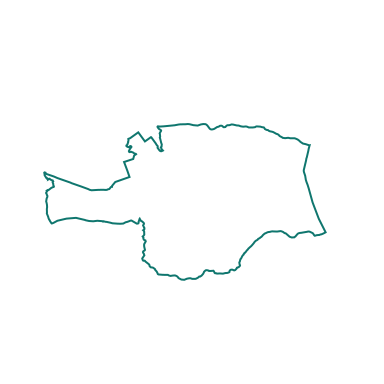 outline of Curtea, Timis, Romania, rotated 34°
{"feature_id": "2599482B40469998650222", "entity_name": "Curtea", "entity_type": "district", "adm_level": 2, "iso_a3": "ROU", "parent_name": "Romania", "parent_adm1": "Timis", "projection": "albers", "projection_center": [22.328, 45.846], "detail": "fine", "context": "isolated", "style": "outline", "palette": "teal", "viewbox_px": 384, "rotation_deg": 34, "n_neighbors": 0, "source": "geoboundaries", "source_scale": "gbopen_adm2", "svg_char_len": 6035}
<svg xmlns="http://www.w3.org/2000/svg" viewBox="0 0 384 384"><g transform="rotate(34 192 192)"><path d="M246.0,257.6L246.7,256.0L247.0,253.6L246.8,252.0L246.6,251.4L246.8,250.3L247.2,249.2L247.6,248.8L248.9,248.1L249.8,248.0L249.8,247.9L250.9,247.6L253.8,245.3L254.5,245.5L256.0,246.4L256.7,246.4L257.2,245.9L258.3,245.7L260.7,243.9L263.3,242.4L264.9,240.6L266.6,239.3L267.5,238.1L267.8,237.5L267.3,236.4L267.3,235.8L267.5,235.0L267.9,234.5L268.9,233.8L270.5,233.5L271.1,233.1L271.5,232.4L271.8,230.5L271.8,230.1L271.6,229.8L271.7,229.4L272.7,228.3L273.0,226.4L272.8,225.9L271.7,225.2L270.6,223.9L270.5,222.8L269.7,220.7L269.9,219.8L269.5,216.8L269.6,215.8L269.8,215.0L269.6,214.7L269.6,214.1L269.8,213.5L269.6,213.0L269.9,212.6L270.1,211.4L270.1,209.8L270.4,208.7L270.4,207.3L270.6,206.8L270.7,206.1L271.3,203.9L271.5,202.7L271.8,200.1L271.8,198.6L272.1,196.9L272.9,195.3L273.1,194.8L273.1,193.8L273.6,193.0L274.0,192.1L274.2,191.2L274.6,190.5L274.8,189.4L274.9,188.1L275.5,185.8L275.9,185.3L277.1,183.2L277.8,182.4L278.9,181.5L279.7,180.5L280.9,179.5L282.0,178.9L284.8,177.1L286.8,175.3L287.5,174.8L288.3,174.5L289.8,174.2L291.8,174.3L292.6,173.9L293.3,173.9L297.9,174.5L300.2,173.9L301.5,172.8L302.0,172.6L302.6,171.0L302.9,168.2L303.1,167.3L303.4,166.7L304.3,165.6L305.1,165.0L309.7,160.6L310.2,160.0L310.7,159.6L311.7,159.1L314.4,158.7L315.0,158.6L316.0,158.9L317.7,159.6L318.3,159.6L319.6,158.0L321.7,156.3L322.2,155.4L323.0,154.7L324.2,152.8L325.3,150.7L312.1,143.3L297.8,133.2L286.8,123.8L283.8,121.4L281.5,119.8L279.6,118.3L276.8,115.3L273.7,112.9L272.9,112.1L272.4,111.3L268.9,102.0L268.1,100.3L267.8,99.1L265.4,92.8L264.6,91.0L263.4,87.5L263.2,87.7L259.4,88.8L256.9,89.8L253.8,89.8L252.3,89.5L250.2,89.4L248.0,89.8L247.0,90.1L243.4,92.5L241.4,93.3L239.1,95.3L236.8,96.4L236.0,96.3L233.4,96.6L231.9,96.2L230.6,96.2L229.4,96.6L225.9,96.9L224.8,97.2L222.6,98.1L221.7,98.3L220.4,98.2L219.1,98.8L218.5,98.9L217.2,99.0L215.7,98.3L215.2,98.4L213.8,99.1L212.1,99.6L209.0,101.4L208.5,101.9L208.0,103.0L206.2,104.6L203.1,106.7L201.0,107.1L200.3,107.4L199.9,107.6L198.2,109.0L197.4,109.5L195.6,110.3L193.5,110.8L192.1,111.7L190.0,112.5L188.2,113.2L187.0,113.9L185.8,115.5L185.3,116.0L184.3,116.6L183.8,117.2L183.4,118.5L183.4,118.8L183.3,119.5L182.2,120.5L181.5,120.6L180.6,120.4L179.9,120.4L179.1,120.7L178.5,121.2L178.1,121.6L177.6,122.9L176.5,124.1L175.2,127.1L174.8,127.7L173.8,128.8L173.3,129.2L172.3,129.6L171.3,129.6L167.6,128.3L166.3,128.1L165.3,128.2L163.4,129.3L161.6,131.0L159.6,133.7L155.8,135.8L152.0,137.2L150.5,138.0L148.8,139.4L144.4,142.5L143.0,143.7L140.4,146.3L131.8,153.4L128.5,155.9L127.7,156.2L127.5,156.8L126.9,156.9L126.9,157.2L127.1,157.4L128.3,157.9L129.4,158.2L131.5,158.1L132.1,158.4L132.3,159.3L132.2,160.1L132.4,161.5L132.9,161.8L134.7,164.0L134.9,164.9L135.8,165.6L138.9,168.4L140.4,169.5L140.7,170.2L141.3,171.2L141.4,171.9L141.2,172.2L141.3,172.6L141.8,172.6L142.5,173.1L142.8,173.7L143.7,173.9L144.0,173.7L144.7,173.9L144.0,175.1L143.6,175.5L142.8,175.8L141.8,175.7L138.7,174.6L138.4,173.8L137.8,173.1L136.2,172.7L134.8,172.0L127.6,169.4L127.3,169.5L124.7,176.4L114.1,172.6L110.6,182.0L109.5,183.6L110.7,185.1L110.9,186.1L111.3,186.5L111.6,188.0L111.9,188.6L111.9,189.2L111.6,190.0L111.7,190.3L111.8,190.5L112.5,190.7L114.3,190.4L114.7,190.0L115.0,188.6L115.3,188.3L115.6,188.2L116.1,188.2L116.6,188.5L116.6,188.8L116.5,191.1L116.7,192.7L116.8,193.4L117.5,193.9L117.8,193.9L118.2,193.7L119.0,192.7L121.2,192.2L122.7,192.3L124.1,191.8L124.5,191.9L124.3,192.6L123.8,193.4L123.7,194.3L124.8,197.5L118.9,205.1L126.5,210.5L131.8,214.5L122.8,226.6L122.3,231.5L122.8,232.4L122.2,232.9L121.9,233.7L121.9,235.1L121.7,235.9L120.8,236.8L120.3,237.7L119.5,238.4L116.7,240.1L112.9,242.8L107.8,246.7L106.0,247.4L104.4,247.6L97.1,249.4L86.9,252.1L86.3,252.1L72.6,255.7L68.8,256.4L60.0,258.8L60.0,258.1L59.9,258.0L59.3,258.4L59.1,258.1L58.8,258.2L58.7,258.6L58.8,258.8L59.7,259.4L60.2,260.3L60.5,260.5L61.5,261.0L62.0,261.1L62.5,261.5L63.3,261.8L63.8,261.5L64.2,261.7L64.5,262.1L65.1,262.0L65.5,261.5L65.8,261.6L65.9,261.9L66.5,260.7L68.1,260.8L69.1,260.7L70.0,260.3L70.9,260.8L70.8,261.0L71.0,261.4L70.9,261.6L71.1,262.0L72.4,262.8L73.0,263.7L73.8,264.3L74.3,264.5L74.5,264.8L74.5,265.2L74.0,265.7L73.1,267.2L71.9,270.8L71.3,271.0L70.8,272.2L71.4,272.5L71.5,274.2L71.8,274.6L72.6,274.9L73.4,275.6L74.2,276.0L74.8,276.9L75.1,278.6L76.4,281.4L77.4,282.2L78.9,283.7L80.3,285.5L81.2,287.3L83.3,290.2L83.5,290.7L83.7,291.0L86.8,293.1L87.4,293.7L89.0,294.8L89.4,294.8L90.9,295.7L91.6,295.9L92.9,296.5L93.4,296.5L94.4,295.1L96.5,291.1L101.3,285.9L102.9,284.2L110.3,278.3L119.0,275.0L119.4,275.0L122.9,273.6L126.5,271.5L129.6,268.8L133.5,266.6L134.5,266.1L134.8,266.2L134.9,265.8L135.1,265.7L136.9,265.1L138.0,264.5L141.5,263.1L143.6,262.4L148.3,259.7L150.6,258.2L152.4,256.8L152.8,256.4L153.4,255.1L154.0,254.1L155.1,252.9L157.3,249.8L157.8,249.5L163.9,249.1L164.8,248.4L165.0,248.0L165.0,247.6L164.9,247.3L164.4,246.6L164.0,244.9L163.6,243.9L163.6,243.4L164.7,244.0L166.1,244.5L166.7,244.3L168.6,244.5L169.2,244.6L170.0,245.2L170.1,247.0L171.2,247.7L172.3,248.2L172.3,248.5L173.0,248.9L173.3,249.5L173.2,250.2L172.9,251.0L174.0,251.2L174.5,251.6L176.3,254.1L176.3,255.2L176.0,256.5L177.3,257.0L177.8,257.9L178.7,258.4L179.5,258.5L180.2,258.2L180.5,258.2L180.7,258.5L181.3,258.9L181.3,259.1L181.5,261.9L181.8,262.5L182.2,263.1L183.0,264.1L185.4,266.3L185.4,267.0L184.8,268.2L184.9,269.2L185.5,269.7L186.6,270.1L187.1,270.6L187.9,271.1L187.9,274.9L189.1,275.9L189.8,276.2L190.1,276.2L191.1,275.4L191.4,275.4L192.3,275.7L196.6,276.0L197.3,276.2L198.4,277.2L199.4,277.4L199.9,277.5L201.5,276.7L202.2,276.5L204.1,276.6L204.6,276.7L204.9,277.1L207.2,277.7L208.7,278.5L209.5,279.1L210.3,279.1L214.1,277.0L218.3,274.2L219.6,274.1L221.1,273.6L222.8,272.0L224.5,270.7L226.0,270.3L226.8,270.3L227.7,270.4L229.0,270.9L231.6,270.6L232.2,270.5L234.7,269.1L236.3,266.7L238.0,265.0L239.1,264.3L240.8,263.9L243.0,262.4L243.6,261.9L244.0,261.3L244.9,259.6L245.3,258.0L246.0,257.6Z" fill="none" stroke="#0f766e" stroke-width="2"/></g></svg>